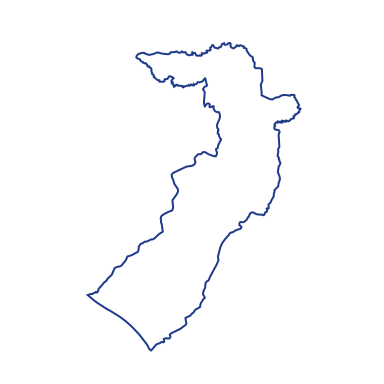 Fatuberliu, Manufahi, East Timor (Robinson projection), rotated 78°
{"feature_id": "22284137B51170089916625", "entity_name": "Fatuberliu", "entity_type": "district", "adm_level": 2, "iso_a3": "TLS", "parent_name": "East Timor", "parent_adm1": "Manufahi", "projection": "robinson", "projection_center": [125.892, -8.981], "detail": "fine", "context": "isolated", "style": "outline", "palette": "blue", "viewbox_px": 384, "rotation_deg": 78, "n_neighbors": 0, "source": "geoboundaries", "source_scale": "gbopen_adm2", "svg_char_len": 5904}
<svg xmlns="http://www.w3.org/2000/svg" viewBox="0 0 384 384"><g transform="rotate(78 192 192)"><path d="M271.1,315.4L276.9,311.0L280.6,307.8L288.2,300.2L291.5,296.4L299.4,288.2L305.1,283.3L311.6,278.6L320.5,273.2L331.1,268.1L334.2,267.0L335.7,266.8L337.6,265.9L338.5,264.9L333.6,258.4L333.1,254.8L332.6,253.7L332.4,252.4L333.1,251.4L332.7,250.4L329.9,250.1L329.6,247.6L330.2,246.3L330.5,244.3L328.9,243.1L327.0,243.4L326.0,242.1L323.4,231.8L320.5,225.6L319.2,224.8L315.8,224.8L313.8,224.5L312.6,219.4L310.7,217.0L310.3,215.6L308.8,214.4L307.6,212.6L306.3,208.2L303.3,206.9L301.9,205.8L299.1,203.1L298.2,201.5L296.7,201.7L295.0,202.4L293.8,202.4L291.2,201.3L288.0,198.8L285.8,198.4L283.3,197.2L282.6,196.2L282.0,194.4L281.1,193.5L278.6,191.9L267.5,182.5L264.2,180.3L260.6,180.1L251.6,175.6L248.2,173.0L244.8,169.2L241.8,165.1L240.4,163.8L239.9,162.7L239.7,160.1L238.4,156.6L238.1,152.6L237.5,151.5L237.1,151.1L236.1,151.0L234.3,152.5L232.6,152.2L231.6,151.4L231.5,150.3L232.2,148.3L231.9,146.7L230.3,144.1L228.5,142.6L227.6,141.2L226.0,140.5L224.8,139.2L224.5,138.3L224.5,136.8L227.3,133.2L228.0,131.3L228.5,128.9L229.6,126.7L228.9,125.6L228.2,125.5L227.2,124.6L226.9,122.9L226.2,122.8L225.4,122.1L223.8,122.4L223.6,121.7L223.9,120.5L223.7,120.3L220.5,119.9L219.5,118.9L218.9,117.5L217.3,116.5L215.5,115.1L214.5,114.0L212.6,112.7L210.6,112.3L209.0,111.2L207.4,111.0L204.3,106.4L201.9,105.7L198.5,103.7L196.7,103.1L194.4,103.2L190.6,103.9L185.5,102.1L182.3,99.5L181.3,99.6L179.9,100.2L179.0,99.8L178.1,100.3L176.8,99.9L174.5,100.8L170.3,99.1L168.1,99.0L166.2,97.2L153.6,95.3L151.5,93.8L149.3,94.5L148.5,97.2L147.1,98.3L145.6,98.0L145.1,97.2L144.4,96.8L143.4,97.4L142.9,97.2L141.6,95.5L141.5,95.1L142.0,94.3L142.0,94.0L141.1,93.9L140.7,93.5L141.4,92.4L141.6,90.8L142.3,91.2L142.4,90.8L141.9,90.3L141.8,89.9L142.8,89.8L142.8,89.4L142.2,88.3L141.1,89.3L140.9,89.0L141.2,88.2L142.3,87.1L141.7,85.8L142.0,85.5L142.7,85.8L142.8,85.5L141.8,84.7L142.8,83.0L142.8,82.2L141.2,79.8L141.1,77.1L140.7,76.7L139.4,77.0L138.8,76.7L138.6,75.3L138.4,74.9L137.5,74.8L137.3,72.7L136.1,71.4L136.2,70.6L134.5,69.9L133.2,68.6L132.4,69.4L132.2,70.7L131.1,71.1L130.7,71.0L130.0,69.8L129.1,69.2L126.7,70.1L124.3,70.5L123.3,71.3L121.8,71.3L120.5,72.2L118.8,71.6L118.2,72.2L117.5,75.1L118.2,76.2L117.0,79.0L116.2,82.0L116.2,83.1L116.2,84.6L117.3,87.5L117.0,89.7L117.1,90.6L118.2,94.4L116.9,97.2L111.9,103.8L110.5,103.4L101.2,102.3L97.8,100.0L86.4,98.1L85.6,98.9L85.0,100.0L84.1,104.0L82.8,105.0L78.8,103.8L76.3,104.9L72.8,104.6L70.3,107.0L64.9,109.2L63.4,108.9L62.1,110.2L61.8,111.3L60.4,111.0L59.6,112.8L58.6,113.7L58.5,115.0L59.1,115.7L59.0,116.3L57.8,117.5L58.2,118.2L59.1,118.9L60.2,121.6L59.1,123.1L58.1,123.9L57.2,124.0L55.5,123.4L54.5,123.6L54.1,124.2L54.0,125.5L54.9,126.4L55.0,128.9L54.5,129.6L53.2,129.7L53.6,131.9L54.5,132.4L56.3,133.9L56.2,135.8L57.1,136.7L55.3,140.0L52.7,140.9L52.5,141.5L53.7,142.6L54.8,144.3L56.3,144.1L57.3,145.0L56.8,148.4L57.2,148.6L58.2,148.1L58.7,148.2L58.9,148.8L58.8,151.2L59.2,151.9L59.1,152.3L58.2,153.3L58.8,153.7L60.4,154.1L60.6,154.9L59.9,155.8L60.2,156.7L59.4,159.4L56.6,160.1L56.2,161.9L55.4,162.6L56.3,163.1L57.6,162.7L57.9,163.0L57.6,164.1L57.8,165.6L57.6,166.5L56.3,168.5L53.8,169.4L53.7,171.5L52.4,172.6L53.2,173.9L53.0,176.1L52.8,176.6L51.3,177.7L51.2,178.1L51.6,179.4L50.9,183.7L51.9,184.6L52.3,186.8L50.4,192.6L48.3,196.5L49.0,201.6L49.0,205.4L47.4,208.4L45.9,210.0L45.5,212.2L45.9,215.9L47.2,217.7L48.7,218.5L49.2,218.2L50.4,217.2L51.1,215.5L52.1,215.3L53.8,214.5L54.5,213.1L55.2,213.1L55.5,212.4L56.2,211.8L56.3,210.6L57.4,210.0L58.2,209.3L59.6,209.5L60.2,208.9L60.3,207.6L61.3,207.6L62.0,206.6L63.2,206.1L66.0,206.6L67.3,206.2L68.2,206.5L69.7,205.1L71.2,205.5L71.6,205.4L71.6,204.9L72.6,204.6L75.5,202.3L75.9,200.7L77.4,200.8L78.2,196.7L77.9,195.9L76.0,195.2L76.3,193.5L76.1,192.2L74.4,190.8L74.1,190.0L74.1,189.6L76.2,186.6L77.0,186.4L77.5,187.6L78.8,188.9L79.5,189.0L80.5,188.2L81.1,189.3L81.6,189.2L82.1,188.3L82.9,188.2L83.6,187.5L84.1,187.9L85.3,187.7L85.1,186.9L83.9,185.2L84.2,185.0L84.2,184.1L84.9,183.9L86.3,179.4L87.5,179.4L87.9,178.5L87.0,177.7L87.3,176.3L86.9,175.6L87.2,174.4L86.6,173.0L87.4,172.7L87.6,172.1L86.6,170.7L87.9,169.3L87.9,168.8L87.2,168.3L87.9,168.2L88.1,167.8L87.5,167.1L86.9,164.6L85.8,163.7L86.3,161.5L86.0,159.8L86.0,158.5L84.1,156.6L83.5,155.7L83.7,155.4L90.8,155.2L91.4,156.0L91.8,158.0L93.7,159.9L97.0,158.8L106.9,161.7L110.5,161.8L110.9,161.6L108.7,159.0L108.7,157.8L109.2,156.9L110.2,156.4L112.3,157.2L112.7,157.0L112.8,156.0L112.4,153.4L112.7,153.1L113.0,152.9L114.4,153.7L117.5,152.8L118.1,152.3L119.0,150.9L119.6,149.0L122.3,148.7L124.7,149.1L126.5,150.1L130.7,153.1L132.6,153.9L134.7,153.9L136.2,153.1L137.0,153.7L137.8,153.6L137.9,153.9L140.1,154.7L140.8,153.9L143.3,153.8L145.4,153.3L146.2,152.6L147.0,152.8L147.8,153.4L148.3,154.4L150.1,155.2L150.9,156.2L154.4,157.8L154.9,159.5L155.2,159.7L158.7,159.4L160.3,159.9L162.0,161.3L161.6,162.9L159.8,166.0L158.1,168.4L155.9,170.6L155.4,172.0L155.5,173.6L156.6,174.9L156.8,175.6L156.4,177.9L156.6,178.7L158.0,180.8L159.5,182.3L160.6,182.7L163.6,182.4L165.6,184.0L166.4,186.6L166.0,191.8L166.9,196.0L169.1,205.2L169.5,206.6L170.4,207.8L171.1,208.4L173.4,208.5L176.7,207.8L180.2,207.6L186.0,205.3L187.6,205.3L188.8,205.7L191.0,207.4L196.0,212.8L203.5,213.7L205.9,215.2L206.6,219.5L207.9,224.2L209.1,226.8L209.9,227.5L211.6,228.2L213.0,228.1L215.3,228.6L216.9,228.3L224.7,228.8L224.9,229.1L226.2,232.8L229.4,238.1L230.1,239.9L230.2,240.4L229.9,241.8L231.0,246.2L230.8,248.7L231.6,250.3L232.2,253.2L234.1,255.2L237.6,256.4L239.2,257.3L241.2,263.9L241.7,268.6L245.2,271.1L249.4,276.5L249.8,278.2L249.7,280.3L250.2,283.4L256.2,287.6L259.6,293.1L261.0,294.1L262.3,296.9L265.2,300.5L265.8,301.5L267.5,303.6L269.1,304.3L270.5,305.6L270.4,306.2L269.9,306.7L269.8,307.0L270.3,307.8L270.5,309.3L271.0,310.5L271.1,311.0L270.7,311.6L271.1,315.4Z" fill="none" stroke="#1e3a8a" stroke-width="2"/></g></svg>